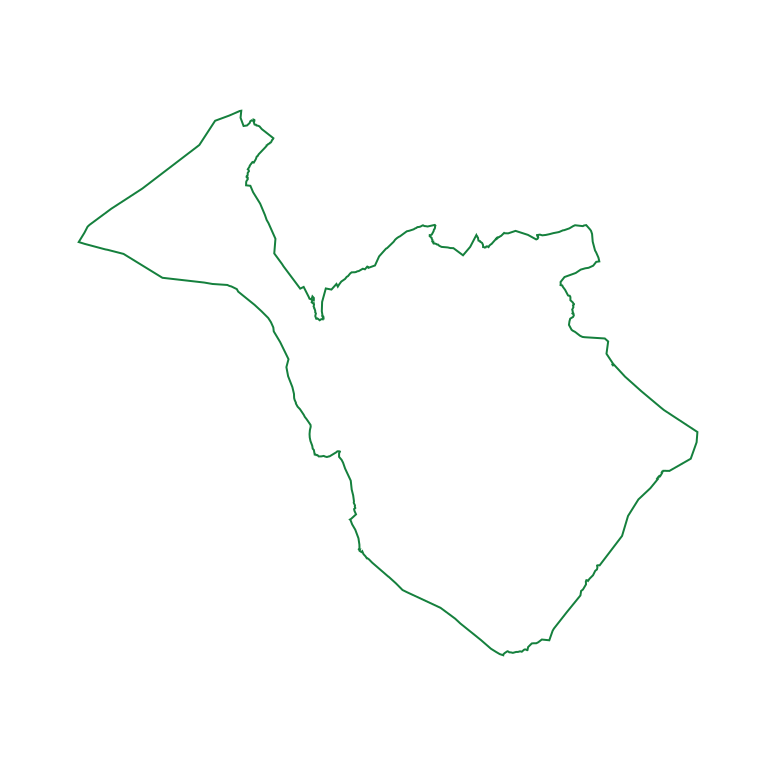 Nord-Aurdal nor, Oppland, Norway, rotated 275°
{"feature_id": "86288312B2745383229775", "entity_name": "Nord-Aurdal nor", "entity_type": "district", "adm_level": 2, "iso_a3": "NOR", "parent_name": "Norway", "parent_adm1": "Oppland", "projection": "albers", "projection_center": [9.398, 61.004], "detail": "fine", "context": "isolated", "style": "outline", "palette": "green", "viewbox_px": 768, "rotation_deg": 275, "n_neighbors": 0, "source": "geoboundaries", "source_scale": "gbopen_adm2", "svg_char_len": 6122}
<svg xmlns="http://www.w3.org/2000/svg" viewBox="0 0 768 768"><g transform="rotate(275 384 384)"><path d="M363.5,700.4L382.4,665.2L384.9,661.5L399.3,640.9L412.3,623.5L423.3,611.4L422.5,610.5L423.3,609.7L423.9,609.9L424.2,610.4L433.5,603.0L445.9,603.6L448.6,600.0L448.1,579.8L448.2,577.6L449.1,575.2L452.6,569.7L453.6,567.3L454.4,566.1L459.0,563.1L462.6,563.3L465.3,563.8L467.3,566.5L468.9,567.1L470.3,566.7L470.3,566.1L470.6,565.7L471.2,566.3L472.2,565.6L473.0,565.7L474.4,565.0L477.1,566.0L478.9,565.4L479.7,566.3L480.2,566.3L481.1,565.3L481.6,565.1L483.7,562.4L486.9,562.1L488.1,561.3L488.1,560.0L488.3,559.6L493.6,556.2L496.4,553.7L497.7,553.0L497.8,551.6L498.0,551.2L498.5,551.4L501.0,551.0L506.3,554.5L511.3,565.3L515.1,570.0L516.8,574.4L517.6,577.7L520.1,582.1L524.2,584.8L524.9,587.8L528.6,586.6L533.7,583.8L535.4,582.6L544.0,579.5L551.6,578.2L554.6,576.9L555.9,575.8L559.9,571.6L559.3,569.3L558.6,568.4L558.8,560.5L557.8,558.7L555.2,555.1L552.9,550.0L552.7,548.9L550.8,545.4L550.4,544.3L549.1,539.7L547.6,535.5L546.6,532.2L545.9,528.7L546.4,526.3L545.7,523.5L545.1,523.6L544.9,524.4L544.6,524.6L543.3,524.5L543.1,524.8L541.9,524.2L541.3,523.0L545.1,514.4L548.0,501.7L544.9,494.6L544.7,491.1L545.0,490.5L541.8,487.8L541.3,486.9L540.5,486.1L540.2,485.2L540.2,484.8L539.7,484.1L539.4,484.2L539.4,483.8L538.7,483.8L538.5,482.9L537.9,483.1L537.3,482.2L532.7,478.8L532.4,478.2L531.0,476.9L529.5,476.2L530.0,475.2L530.1,474.5L529.9,473.9L528.9,473.3L528.9,472.6L528.7,472.2L529.2,471.4L529.1,470.8L531.2,470.5L533.0,469.5L533.8,468.2L533.9,467.6L534.6,467.3L535.1,465.6L538.1,464.8L538.7,464.1L539.4,463.9L539.5,463.5L540.4,463.0L528.1,457.9L519.1,451.5L525.4,441.3L525.2,438.3L525.6,435.6L525.6,429.4L526.5,427.0L527.6,425.7L527.5,424.8L528.0,424.0L528.5,422.1L528.2,421.5L528.3,421.1L529.0,420.7L530.0,420.7L529.9,420.0L530.3,419.6L531.8,419.7L533.0,418.8L533.8,418.7L535.3,416.6L536.2,416.6L536.0,417.4L536.9,418.1L537.1,418.6L540.6,420.1L542.2,420.3L543.1,421.0L544.5,421.2L545.1,421.1L546.3,421.4L546.9,420.7L544.7,413.7L544.9,411.5L544.8,410.9L545.1,409.8L545.4,409.4L545.4,408.7L544.0,406.6L543.5,405.2L543.2,403.6L542.2,402.5L541.7,401.4L540.7,400.1L538.9,395.9L538.1,393.4L532.4,386.9L531.8,385.8L530.3,384.0L528.7,382.5L526.5,381.2L519.7,375.3L519.0,374.2L510.7,368.0L501.3,364.7L498.4,358.4L499.2,358.0L499.5,357.1L496.6,355.0L497.0,352.9L494.3,349.0L493.9,347.5L493.2,346.5L492.8,345.3L492.4,342.0L491.2,340.7L488.3,338.7L487.5,337.5L485.3,336.1L482.3,332.5L479.2,330.6L477.0,329.5L479.5,327.9L473.5,323.4L474.1,317.7L460.4,315.2L451.1,315.7L446.7,316.8L446.4,316.5L446.1,316.7L446.4,317.0L446.1,317.5L445.8,317.5L445.8,317.2L445.6,317.1L445.3,317.3L445.2,317.9L443.9,318.1L443.7,317.3L443.1,317.3L443.2,316.3L442.8,315.4L441.9,314.4L443.5,312.0L443.1,311.3L443.1,310.8L445.7,309.6L448.4,310.0L449.5,309.2L450.6,309.2L452.7,308.4L453.1,307.9L454.1,307.8L455.0,307.1L456.9,307.4L458.2,307.0L457.8,306.7L459.1,304.8L461.4,305.4L461.1,306.7L461.3,306.8L463.6,306.6L465.0,305.1L463.5,304.8L462.0,303.8L462.5,302.3L463.9,301.6L473.7,295.5L471.7,292.2L492.5,273.6L494.6,272.0L504.5,263.3L519.2,263.2L534.2,254.9L537.2,252.8L541.9,250.7L552.9,244.9L563.6,236.9L569.8,233.6L569.9,229.3L573.3,229.1L574.6,229.5L576.0,230.4L577.7,230.3L578.0,230.1L577.7,229.8L577.7,229.5L578.3,229.0L579.3,229.2L579.5,229.5L580.3,230.0L582.3,229.8L584.3,230.9L585.3,230.5L586.0,229.6L589.0,231.2L589.8,231.2L593.5,233.5L593.7,233.9L593.2,234.4L593.2,235.0L596.8,236.7L599.5,237.4L600.0,238.2L601.9,239.1L610.8,246.2L611.5,246.2L612.1,247.1L613.1,247.9L613.6,249.0L614.4,249.4L614.6,250.0L615.4,250.6L617.2,251.2L618.0,251.9L619.2,252.4L627.3,240.0L629.8,237.5L630.4,235.6L630.4,234.4L631.1,233.9L631.1,232.7L631.2,232.4L633.4,231.5L634.9,232.0L635.8,231.8L636.0,231.1L635.4,231.2L634.8,230.7L635.0,230.3L634.8,229.7L635.1,229.1L634.1,227.9L632.3,227.4L629.6,225.0L628.8,221.6L636.7,217.9L643.8,218.0L643.4,216.5L637.9,206.4L631.5,192.8L606.0,179.2L557.7,126.3L534.8,97.0L516.9,76.8L514.9,75.0L508.6,72.4L498.8,67.5L497.5,73.6L493.8,94.7L493.6,96.9L490.9,113.2L470.5,154.0L469.4,196.0L468.7,204.4L469.0,219.3L468.2,221.5L467.9,223.4L465.7,229.1L463.3,230.7L451.6,248.1L445.9,255.5L439.7,262.9L435.7,266.0L430.7,268.8L426.8,269.6L416.7,276.9L400.4,286.7L392.3,285.3L383.4,287.8L372.9,293.0L366.2,295.2L362.2,295.7L360.3,296.4L357.6,297.9L356.9,297.9L353.9,299.9L351.6,302.5L346.1,306.9L344.4,307.9L342.4,309.8L336.8,314.4L335.0,314.7L331.6,314.2L327.6,314.2L324.2,314.7L320.8,315.7L316.2,317.9L313.4,318.6L312.1,319.9L307.7,321.1L307.9,321.9L307.2,322.7L307.4,323.4L307.3,324.0L306.2,325.2L306.4,327.7L307.1,330.3L306.7,331.2L306.3,333.3L306.6,334.4L307.0,335.1L307.2,336.1L311.9,342.5L312.8,343.3L313.0,344.0L313.0,345.8L312.8,346.0L311.1,345.3L307.5,345.6L304.7,348.4L302.0,350.1L296.4,352.6L284.8,359.3L276.1,361.0L270.3,363.0L264.5,364.3L263.0,364.2L260.5,365.7L259.2,365.6L258.0,366.2L256.8,365.1L254.9,365.7L251.7,367.5L246.6,362.8L246.0,361.9L245.5,362.5L241.4,364.5L236.3,368.1L228.1,372.0L221.8,373.5L218.2,373.9L217.2,373.3L216.4,374.1L216.5,374.3L215.8,374.1L215.5,374.5L214.6,376.2L215.5,376.9L212.7,378.4L210.6,380.7L208.9,382.0L209.1,382.4L208.0,384.3L205.0,387.8L192.5,405.1L192.5,405.3L186.5,413.2L180.4,420.4L178.6,425.0L165.9,459.9L156.4,475.4L152.1,480.9L137.3,503.0L129.6,513.6L126.8,519.1L125.0,522.9L124.2,526.4L125.0,526.4L126.5,527.7L128.5,530.2L128.3,531.2L127.6,532.2L127.7,533.8L127.4,535.8L128.6,539.0L128.8,540.9L129.5,542.7L129.5,543.6L129.3,544.6L131.4,546.6L131.8,547.3L131.9,548.3L131.3,549.8L131.4,550.1L134.5,550.5L138.4,553.8L138.8,555.8L139.0,558.3L140.1,560.1L143.2,563.5L143.1,571.0L152.9,573.5L155.2,574.6L172.5,585.9L190.5,598.1L195.0,598.4L196.6,600.1L202.0,602.7L204.8,602.3L206.2,602.7L206.2,603.6L205.6,604.4L207.9,605.7L211.7,608.9L216.3,610.7L217.8,612.3L219.7,612.6L221.7,612.1L222.1,612.9L222.1,614.6L253.4,634.4L273.8,638.6L291.2,647.5L303.4,658.4L313.2,665.1L313.5,664.3L314.9,665.1L316.3,666.2L315.8,666.8L316.5,667.3L319.4,668.7L320.0,668.3L321.2,668.9L321.2,669.5L321.9,669.8L322.3,675.9L336.3,696.1L353.2,700.5L363.5,700.4Z" fill="none" stroke="#15803d" stroke-width="2"/></g></svg>